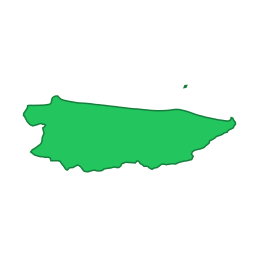 outline of Maricá, Rio de Janeiro, Brazil, rotated 190°
{"feature_id": "56859067B86617442862641", "entity_name": "Maricá", "entity_type": "district", "adm_level": 2, "iso_a3": "BRA", "parent_name": "Brazil", "parent_adm1": "Rio de Janeiro", "projection": "mercator", "projection_center": [-42.819, -22.929], "detail": "fine", "context": "isolated", "style": "filled", "palette": "green", "viewbox_px": 256, "rotation_deg": 190, "n_neighbors": 0, "source": "geoboundaries", "source_scale": "gbopen_adm2", "svg_char_len": 2933}
<svg xmlns="http://www.w3.org/2000/svg" viewBox="0 0 256 256"><g transform="rotate(190 128 128)"><path d="M97.2,91.5L94.8,93.4L92.8,93.9L90.7,95.9L89.0,97.9L86.9,98.7L84.2,98.5L81.1,99.5L78.6,100.4L76.8,100.6L74.8,100.8L73.2,102.1L71.3,103.2L69.8,103.9L68.2,104.6L66.5,105.3L64.2,106.0L59.8,108.0L58.9,111.5L60.9,113.2L60.5,115.7L58.7,117.5L57.2,118.3L55.5,119.0L53.3,119.9L51.6,120.9L49.8,121.9L48.2,124.2L46.5,126.0L45.4,127.5L45.5,129.5L43.9,130.5L42.6,131.5L40.8,133.2L39.2,135.2L37.6,136.0L36.0,136.9L34.1,138.0L32.7,139.6L31.3,140.4L29.7,141.0L28.7,143.3L25.9,145.2L24.2,146.6L23.9,148.7L22.8,150.2L23.3,152.3L25.3,154.0L26.5,155.9L28.2,156.2L28.3,154.0L29.9,152.5L31.5,152.1L33.2,152.0L34.9,151.9L36.9,151.9L38.6,151.8L40.5,151.7L43.2,151.8L47.2,151.9L49.4,152.0L54.2,152.1L56.3,152.4L59.6,152.6L61.1,152.8L63.4,153.0L65.6,153.4L69.4,154.0L71.4,154.4L73.0,154.6L75.0,154.8L77.4,154.9L80.1,155.1L82.2,154.9L84.2,154.6L86.3,154.0L88.7,153.2L91.0,152.5L93.3,151.9L95.0,151.5L96.8,151.1L98.8,150.7L100.8,150.3L103.4,149.9L105.8,149.6L108.3,149.3L111.0,149.1L113.1,149.0L115.7,148.7L118.4,148.6L120.5,148.4L122.4,148.3L124.3,148.0L126.4,147.8L129.0,147.6L130.7,147.5L132.8,147.4L134.6,147.3L136.4,147.2L138.4,147.1L140.6,146.9L142.7,146.9L144.8,146.8L147.2,146.6L150.2,146.4L153.1,146.3L156.3,146.1L158.5,145.9L161.0,145.8L163.6,145.5L166.2,145.4L168.2,145.4L170.9,145.2L174.2,144.9L176.3,144.6L178.6,144.4L180.3,144.2L182.6,144.0L184.9,144.0L187.3,144.0L189.3,144.0L191.7,144.0L194.2,144.1L196.3,144.2L198.8,144.6L201.3,146.1L202.8,147.3L204.5,147.0L206.1,146.2L207.6,144.6L208.0,142.8L208.0,140.9L208.2,138.8L209.5,137.7L212.9,136.5L215.3,135.8L217.1,135.4L219.3,135.0L221.5,134.5L223.3,134.2L225.6,133.7L228.1,133.4L230.7,132.6L230.6,130.4L231.5,128.2L233.2,124.4L233.1,122.2L231.7,121.2L230.8,119.9L229.7,118.6L228.4,116.8L226.9,115.6L224.7,114.1L222.0,113.6L220.0,114.6L217.8,115.6L216.0,116.8L214.3,117.3L212.7,116.9L211.2,117.1L209.7,116.5L210.6,114.5L212.0,113.2L211.0,110.9L209.8,108.5L210.1,106.8L210.7,104.5L210.7,102.2L210.5,100.1L210.7,98.3L212.0,96.0L213.4,94.9L214.5,93.4L216.8,91.3L218.5,89.9L219.7,87.5L217.7,86.5L215.3,85.2L213.8,85.0L211.6,84.7L209.2,84.5L207.6,84.9L206.1,84.8L204.2,84.8L202.0,85.4L199.4,85.0L198.3,82.4L196.6,82.6L195.0,83.0L193.4,83.2L191.6,83.6L189.2,83.4L186.9,81.1L185.0,79.5L183.6,78.1L182.3,76.6L180.5,76.0L178.8,78.5L177.1,79.1L175.5,79.4L173.5,81.0L171.3,82.8L169.6,82.4L167.5,81.3L166.0,79.7L163.8,77.9L161.3,77.7L159.4,78.1L156.8,79.5L153.8,80.7L151.6,80.4L149.0,80.7L147.3,81.1L145.6,82.1L144.5,83.5L142.4,84.3L140.0,85.1L137.9,85.7L135.8,86.8L133.9,87.3L131.8,87.1L130.2,87.5L128.6,89.2L128.0,91.7L126.2,92.6L124.7,93.7L123.2,94.0L120.6,94.2L117.9,94.6L114.8,94.8L113.3,97.2L111.4,96.9L109.7,95.0L107.8,94.5L105.5,93.0L103.9,93.5L101.6,93.5L99.8,92.3L97.2,91.5ZM79.3,179.6L79.7,177.6L78.1,178.2L77.6,180.0L79.3,179.6Z" fill="#22c55e" stroke="#15803d" stroke-width="1.5"/></g></svg>